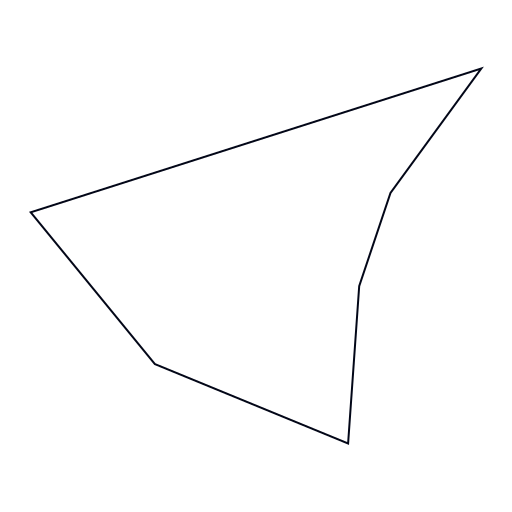 outline of Trzin
{"feature_id": "SVN-236", "entity_name": "Trzin", "entity_type": "Municipality", "adm_level": 1, "iso_a3": "SVN", "parent_name": "Slovenia", "parent_adm1": "", "projection": "albers", "projection_center": [14.555, 46.128], "detail": "fine", "context": "isolated", "style": "outline", "palette": "ink", "viewbox_px": 512, "rotation_deg": 0, "n_neighbors": 0, "source": "natural_earth", "source_scale": "10m", "svg_char_len": 208}
<svg xmlns="http://www.w3.org/2000/svg" viewBox="0 0 512 512"><path d="M30.7,212.3L481.3,68.5L390.5,192.9L359.2,286.1L348.1,443.5L154.9,364.1L30.7,212.3Z" fill="none" stroke="#020617" stroke-width="2"/></svg>